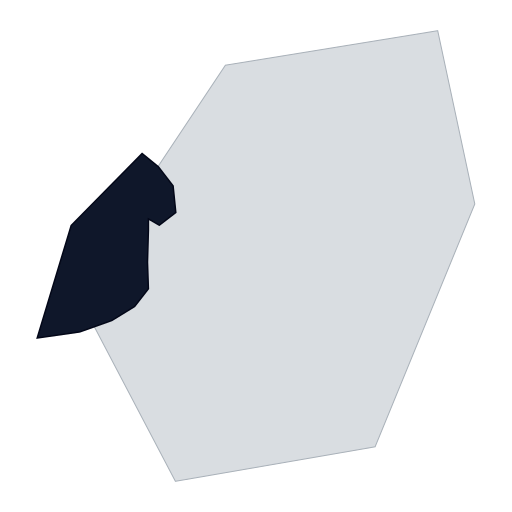 location of Acquaviva within San Marino
{"feature_id": "SMR-4885", "entity_name": "Acquaviva", "entity_type": "state/province", "adm_level": 1, "iso_a3": "SMR", "parent_name": "San Marino", "parent_adm1": "", "projection": "mercator", "projection_center": [12.411, 43.944], "detail": "fine", "context": "in_parent", "style": "filled", "palette": "ink", "viewbox_px": 512, "rotation_deg": 0, "n_neighbors": 0, "source": "natural_earth", "source_scale": "10m", "svg_char_len": 463}
<svg xmlns="http://www.w3.org/2000/svg" viewBox="0 0 512 512"><path d="M375.1,446.8L175.4,481.3L75.4,290.7L225.4,65.2L437.7,30.7L474.8,204.0L375.1,446.8Z" fill="#d9dde1" stroke="#a8b0b8" stroke-width="1"/><path d="M37.2,338.0L71.2,225.5L123.4,172.5L142.1,153.5L158.4,166.8L173.1,185.9L175.8,212.5L159.3,225.2L148.4,218.9L148.4,230.3L147.5,262.1L148.4,288.8L134.6,306.5L111.8,320.5L79.8,331.9L37.2,338.0Z" fill="#0f172a" stroke="#020617" stroke-width="1.5"/></svg>